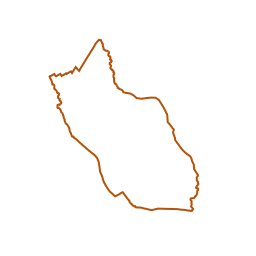 the district of Nealtican, Puebla, Mexico, rotated 204°
{"feature_id": "50627088B48552785623395", "entity_name": "Nealtican", "entity_type": "district", "adm_level": 2, "iso_a3": "MEX", "parent_name": "Mexico", "parent_adm1": "Puebla", "projection": "albers", "projection_center": [-98.437, 19.058], "detail": "fine", "context": "isolated", "style": "outline", "palette": "amber", "viewbox_px": 256, "rotation_deg": 204, "n_neighbors": 0, "source": "geoboundaries", "source_scale": "gbopen_adm2", "svg_char_len": 5729}
<svg xmlns="http://www.w3.org/2000/svg" viewBox="0 0 256 256"><g transform="rotate(204 128 128)"><path d="M112.0,60.3L109.1,63.9L107.8,65.9L106.7,67.2L100.2,63.5L98.1,62.4L97.3,62.2L96.4,61.0L95.4,60.6L95.0,60.1L93.9,60.1L93.3,59.6L92.7,59.6L92.2,59.2L91.4,59.0L90.6,59.1L89.6,59.5L88.9,58.7L87.4,59.1L83.7,60.6L80.7,61.0L78.1,61.6L75.3,62.1L72.8,62.7L67.9,66.5L49.6,74.1L46.7,74.8L43.7,76.0L42.1,76.5L40.8,76.7L39.1,77.2L38.3,77.6L37.3,77.7L36.8,77.8L36.1,78.1L36.2,78.3L36.2,78.8L36.1,79.0L35.7,79.5L35.6,79.9L35.6,80.2L35.5,80.3L35.6,80.5L35.8,80.7L36.2,80.8L36.5,81.1L38.5,81.9L38.5,83.0L38.9,84.6L39.5,85.1L39.8,85.9L39.9,86.7L40.1,87.0L41.0,87.3L41.5,87.7L41.8,88.0L42.0,88.8L41.8,89.4L39.4,90.7L38.9,91.3L38.9,92.1L38.9,92.7L38.8,93.1L38.3,93.9L38.2,94.4L38.1,94.9L38.2,95.5L38.3,96.0L38.3,96.4L38.4,96.8L38.7,97.7L38.9,98.1L39.1,98.8L38.9,99.3L38.8,99.6L38.9,100.3L39.2,101.0L39.8,101.2L40.3,101.1L40.7,100.8L41.0,100.8L41.4,101.0L41.6,101.5L41.4,103.5L41.0,104.7L40.9,105.5L41.8,106.2L42.0,106.7L42.1,107.3L43.1,107.7L43.8,108.3L44.4,109.0L44.6,109.6L45.0,110.5L45.0,111.5L44.8,112.3L44.7,112.6L44.7,112.9L45.0,113.5L47.2,114.9L50.8,117.2L51.9,119.2L53.0,121.3L56.2,124.0L57.4,125.7L59.6,127.4L61.9,127.9L64.4,128.4L67.7,129.5L70.6,130.7L73.9,132.7L77.7,134.8L80.2,136.4L81.0,137.9L83.3,140.3L84.9,142.0L85.5,145.3L87.0,145.8L91.3,148.3L94.1,149.5L97.5,156.0L101.2,159.1L104.2,161.5L111.1,166.1L114.9,166.9L119.0,165.3L122.4,163.4L127.2,160.4L132.2,158.8L136.3,160.1L140.1,160.4L144.6,159.1L146.8,158.8L147.1,159.1L147.3,159.2L147.5,159.5L147.9,159.7L148.4,160.1L148.5,160.1L148.9,160.1L149.5,160.3L151.4,160.2L151.9,160.2L152.2,160.2L152.5,160.6L152.9,160.6L153.4,160.4L153.6,160.4L153.8,160.7L154.3,161.4L154.8,161.6L155.7,162.3L156.0,162.6L156.3,163.0L156.5,163.0L156.8,163.1L157.1,163.2L157.3,163.2L157.5,163.4L157.7,163.5L158.0,163.4L158.3,163.3L158.4,163.5L158.5,163.6L160.1,165.6L160.5,166.6L160.7,166.9L160.8,167.4L160.7,167.6L160.9,167.9L161.3,168.2L161.8,168.4L162.0,168.6L162.1,168.8L162.3,169.3L162.6,170.1L162.8,170.5L162.7,171.3L162.6,171.7L162.8,172.0L162.9,172.5L163.3,172.8L163.5,172.8L163.9,172.8L164.0,173.6L164.1,173.8L164.5,174.0L165.1,174.2L165.3,174.3L165.6,174.7L165.8,174.7L166.0,174.8L166.2,174.4L166.5,174.5L167.2,174.9L167.8,175.2L168.1,175.3L168.3,175.5L168.6,175.8L168.6,176.3L168.6,177.7L168.7,177.9L168.9,178.1L169.2,178.3L169.4,178.4L170.4,178.6L170.5,178.7L170.7,178.9L171.2,179.9L171.2,180.0L171.0,180.3L170.6,180.7L170.5,180.8L170.2,181.2L170.2,181.3L170.2,181.5L170.3,181.7L170.4,181.9L170.1,182.4L170.3,182.6L170.8,183.2L171.0,183.3L171.9,183.1L172.2,183.2L172.3,183.3L172.4,183.9L172.4,184.5L172.5,184.5L172.8,185.1L173.0,185.7L173.6,186.1L174.0,186.1L174.5,186.0L175.2,186.1L175.5,186.3L175.8,186.7L175.8,187.1L176.0,187.5L175.9,187.8L175.9,188.3L175.8,188.7L175.9,188.9L176.2,189.3L176.3,189.6L176.8,189.8L177.5,189.9L177.9,189.9L178.4,190.0L178.9,189.9L179.6,189.7L179.8,189.6L180.0,189.6L180.3,189.6L180.5,189.7L180.6,189.8L181.8,189.9L182.0,190.0L182.3,190.1L182.4,190.3L182.7,190.6L183.2,191.5L183.6,192.0L183.8,192.1L184.1,192.3L184.2,192.5L184.4,192.7L184.5,193.1L184.8,193.6L185.0,194.1L185.0,194.3L185.3,194.6L185.6,194.7L185.8,194.7L186.1,194.8L186.2,195.0L186.6,195.5L186.8,195.7L187.1,196.0L187.3,196.2L187.6,196.4L188.0,196.6L188.2,196.8L188.4,197.2L188.5,197.2L188.7,197.3L188.9,197.2L189.1,196.8L189.3,196.7L189.6,196.6L189.8,196.6L190.3,196.8L190.4,196.4L190.6,196.2L190.8,195.5L191.8,192.3L191.9,191.3L192.4,186.6L192.4,186.2L192.5,185.9L192.6,185.2L192.9,183.2L194.1,174.6L195.1,167.2L195.2,165.9L195.5,163.9L195.9,160.3L200.6,162.4L201.5,155.4L203.2,156.5L206.2,152.3L206.8,152.7L209.8,148.5L211.9,149.9L214.7,146.1L215.2,146.0L215.4,146.1L217.3,147.4L219.8,143.9L220.3,143.8L220.3,143.5L220.5,143.0L220.3,142.7L219.5,142.1L219.3,141.7L219.1,141.5L218.8,141.3L218.6,141.3L217.5,140.5L216.9,139.8L216.3,139.2L215.8,138.6L215.3,137.9L215.1,137.4L214.8,137.0L214.4,137.1L213.8,137.4L213.2,137.3L212.7,137.0L212.6,136.9L212.5,136.5L212.4,136.3L212.2,136.0L212.0,135.4L211.8,135.0L211.7,134.5L211.4,134.2L211.1,133.8L211.0,133.7L210.9,133.7L210.6,133.8L210.2,133.7L209.9,133.5L209.7,133.4L209.1,133.2L208.6,133.0L208.4,132.8L208.0,132.5L207.8,132.3L207.6,132.0L207.3,131.6L206.8,131.3L206.6,131.3L205.9,131.6L205.6,131.6L205.2,131.5L204.9,131.3L204.6,130.1L204.6,129.8L204.8,129.5L204.8,128.6L204.7,128.0L204.4,127.4L203.9,127.0L203.6,126.8L202.8,126.8L202.6,126.9L202.3,126.9L202.2,126.6L202.1,126.2L202.0,125.8L201.8,125.5L201.6,125.3L201.3,125.1L200.5,125.2L200.4,125.0L200.3,124.9L200.1,124.6L199.6,124.4L199.3,124.1L199.2,123.7L199.1,123.3L199.1,123.1L199.8,122.2L199.9,121.8L199.9,121.5L200.1,121.2L200.4,121.1L200.8,121.1L201.1,121.0L201.4,120.8L201.6,120.6L201.7,120.4L201.7,120.1L201.4,119.5L201.1,119.0L200.9,118.2L200.7,117.9L200.4,117.7L200.1,117.7L199.7,117.9L199.1,118.0L198.2,117.8L197.7,117.6L197.5,117.4L197.1,117.2L196.5,116.4L196.3,116.3L195.9,116.0L195.8,115.7L195.5,115.4L194.8,115.1L194.4,114.9L193.9,114.7L193.1,114.0L192.4,113.2L191.8,112.7L191.6,112.4L191.4,112.0L191.1,111.7L190.8,111.1L190.3,110.7L189.8,110.3L189.5,110.0L189.2,109.8L189.1,109.5L188.9,108.9L187.9,107.9L187.4,107.5L186.9,107.0L186.4,106.7L185.6,106.6L184.8,106.3L183.1,105.2L182.4,104.6L181.9,104.1L181.4,103.9L180.9,102.8L180.6,102.3L180.2,101.9L179.7,101.2L178.8,100.5L178.2,100.2L177.8,99.8L177.5,99.3L177.3,99.1L176.4,98.3L176.2,97.9L175.9,97.7L175.3,97.4L174.4,98.0L174.0,97.8L173.6,97.2L172.8,96.8L171.8,97.0L171.6,97.0L168.3,95.8L164.7,94.6L154.3,91.4L146.9,89.5L143.9,87.9L141.1,85.2L138.2,80.8L135.3,76.2L132.5,73.9L129.9,70.8L128.2,68.9L123.2,65.2L121.0,63.8L118.7,62.5L115.9,61.7L113.6,60.8L112.0,60.3Z" fill="none" stroke="#b45309" stroke-width="2"/></g></svg>